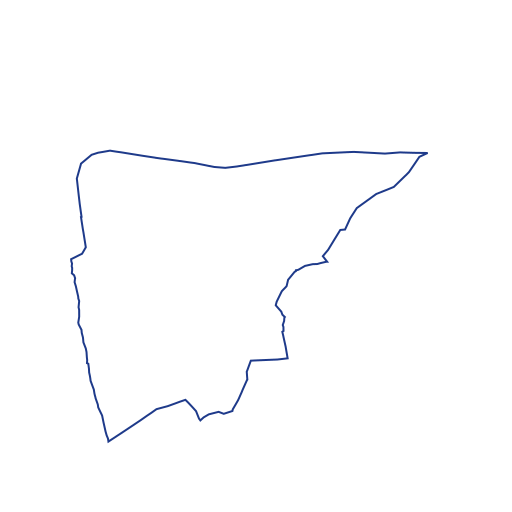 Maybrat, Papua Barat, Indonesia (Equal Earth projection), rotated 254°
{"feature_id": "22746128B44891092584435", "entity_name": "Maybrat", "entity_type": "district", "adm_level": 2, "iso_a3": "IDN", "parent_name": "Indonesia", "parent_adm1": "Papua Barat", "projection": "equal_earth", "projection_center": [132.34, -1.424], "detail": "fine", "context": "isolated", "style": "outline", "palette": "blue", "viewbox_px": 512, "rotation_deg": 254, "n_neighbors": 0, "source": "geoboundaries", "source_scale": "gbopen_adm2", "svg_char_len": 3267}
<svg xmlns="http://www.w3.org/2000/svg" viewBox="0 0 512 512"><g transform="rotate(254 256 256)"><path d="M393.0,113.2L392.4,112.9L379.8,105.1L379.3,105.0L379.2,105.0L378.5,104.9L363.7,102.4L354.6,100.9L353.2,100.7L345.4,99.6L341.7,99.1L341.7,98.5L340.0,98.3L329.8,97.0L326.0,96.6L311.3,94.8L311.2,94.7L307.6,91.0L306.1,89.4L305.6,86.5L304.7,81.8L303.9,77.4L301.7,77.0L299.5,77.1L296.9,76.0L295.1,76.0L294.9,75.9L292.9,75.3L290.1,74.2L287.7,75.8L287.0,75.9L286.3,75.9L284.5,76.0L283.5,75.5L280.8,74.4L276.5,74.5L271.9,74.2L266.2,73.9L265.5,73.8L264.2,73.5L261.4,73.6L255.6,71.3L253.6,71.2L252.8,71.1L246.4,69.3L244.4,68.4L241.0,66.8L239.0,66.7L233.6,67.8L233.2,67.9L231.1,67.5L230.0,67.3L225.5,67.2L224.2,67.0L221.1,66.4L220.5,66.3L214.0,66.9L210.4,66.6L205.3,65.5L202.4,65.0L199.6,64.0L198.7,65.1L194.0,64.4L193.9,64.4L190.0,63.5L186.8,63.3L184.1,63.0L181.6,62.6L174.7,63.1L172.4,63.3L168.4,62.8L166.4,62.7L164.5,62.7L163.5,62.6L156.9,63.0L154.0,62.6L152.1,62.9L148.5,63.5L146.9,63.8L145.0,64.1L137.4,63.5L137.2,63.5L128.7,63.0L124.6,63.0L121.3,63.4L118.3,63.0L123.8,80.6L129.9,99.7L132.5,107.2L134.1,112.2L136.2,118.1L136.2,118.4L136.0,129.8L136.4,135.6L136.5,137.2L136.9,142.5L137.2,148.5L133.8,150.4L130.1,152.3L126.9,153.9L123.4,155.6L122.5,155.7L115.4,156.4L114.6,156.7L113.9,157.0L113.3,157.2L115.1,160.8L115.3,161.2L116.8,167.0L116.5,177.1L113.2,181.5L113.5,190.6L115.0,191.4L116.8,193.3L118.9,195.5L122.2,198.9L123.9,200.4L126.2,202.3L127.5,203.4L128.8,204.5L131.1,206.3L134.8,209.4L138.6,212.6L139.0,213.0L139.5,213.3L139.6,213.6L146.3,215.0L147.3,215.2L149.7,217.0L152.2,218.8L156.7,222.1L156.8,222.2L155.8,226.5L151.6,243.9L150.6,248.0L148.9,258.2L157.2,259.1L160.7,259.5L168.9,260.0L170.6,260.1L171.7,260.2L175.9,260.4L176.4,261.8L176.5,261.8L180.2,262.8L182.3,262.7L182.7,263.0L185.9,265.2L186.3,265.3L189.0,266.3L189.4,266.9L192.3,265.2L195.0,265.0L195.5,265.0L198.9,263.4L202.5,261.7L203.2,261.4L206.4,263.3L214.5,270.6L215.1,271.2L216.3,273.2L216.9,274.3L217.3,275.0L218.5,277.0L219.1,277.4L222.5,279.3L224.3,280.3L230.1,288.7L230.4,290.0L230.5,290.0L231.3,290.4L231.2,291.3L231.1,291.5L231.1,293.0L232.1,296.9L233.0,300.5L232.9,301.5L232.6,307.0L232.5,308.3L231.4,312.7L231.4,316.0L231.1,322.0L230.9,322.8L237.4,320.2L240.0,324.0L241.6,326.4L242.2,327.2L250.4,336.1L257.8,344.2L256.9,348.9L266.2,356.9L268.0,358.9L274.3,366.1L282.2,388.0L282.5,388.9L283.6,400.2L284.4,407.5L291.7,421.1L292.5,422.7L294.4,426.0L294.6,426.3L300.3,433.2L306.3,440.4L306.9,444.1L307.6,448.6L307.7,449.4L308.0,448.4L311.7,436.1L312.4,433.9L315.2,425.1L315.8,423.4L318.9,408.2L321.9,399.5L322.3,398.4L325.1,390.3L325.8,388.2L326.2,387.2L329.0,379.0L329.1,378.7L330.1,374.6L330.4,373.4L336.4,348.0L337.1,342.6L337.8,337.2L338.1,335.3L340.5,317.2L342.1,304.9L342.6,301.2L342.7,300.7L346.1,272.0L346.3,270.8L346.5,268.8L347.1,264.2L347.3,262.4L349.2,250.8L350.8,246.5L353.1,240.4L355.0,236.7L355.2,236.4L355.2,236.2L357.1,232.6L361.1,224.8L361.7,223.7L362.4,222.3L363.9,218.8L367.5,210.8L367.7,210.4L368.5,208.4L368.9,207.6L370.7,203.5L374.9,193.9L375.8,191.7L378.2,186.3L378.3,186.2L383.7,174.4L392.9,154.8L394.8,150.5L397.4,144.9L397.5,144.8L398.3,137.1L398.8,132.8L398.8,132.5L398.6,125.9L394.8,117.3L393.0,113.2Z" fill="none" stroke="#1e3a8a" stroke-width="2"/></g></svg>